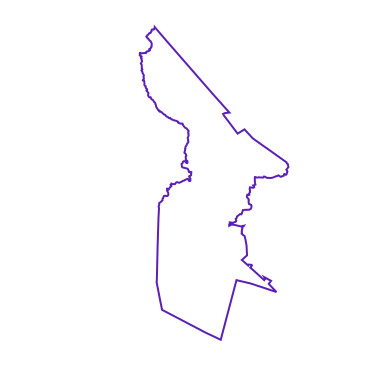 Mainero, Tamaulipas, Mexico (Equal Earth projection), rotated 305°
{"feature_id": "50627088B20885387864604", "entity_name": "Mainero", "entity_type": "district", "adm_level": 2, "iso_a3": "MEX", "parent_name": "Mexico", "parent_adm1": "Tamaulipas", "projection": "equal_earth", "projection_center": [-99.511, 24.6], "detail": "fine", "context": "isolated", "style": "outline", "palette": "violet", "viewbox_px": 384, "rotation_deg": 305, "n_neighbors": 0, "source": "geoboundaries", "source_scale": "gbopen_adm2", "svg_char_len": 5998}
<svg xmlns="http://www.w3.org/2000/svg" viewBox="0 0 384 384"><g transform="rotate(305 192 192)"><path d="M78.3,235.1L84.6,283.9L87.4,300.3L145.3,279.0L150.7,292.5L158.5,318.6L160.7,307.6L164.6,307.7L163.7,300.1L162.9,301.9L162.0,301.7L161.2,301.7L163.1,286.9L163.5,283.1L164.6,283.3L165.5,283.1L166.1,283.3L166.3,283.2L166.4,282.4L165.0,280.0L164.0,280.2L164.9,271.8L171.7,273.4L179.4,267.4L183.4,263.4L186.1,260.3L186.1,258.1L186.4,257.1L186.3,256.6L186.5,256.4L187.2,256.4L187.5,255.9L188.1,255.4L188.7,255.3L189.3,254.7L190.0,254.4L190.7,254.4L191.6,253.8L191.5,253.6L192.1,253.1L192.6,253.5L193.1,253.3L193.9,253.9L194.2,253.9L191.8,251.7L189.2,245.1L188.3,243.6L187.4,242.7L185.6,241.9L186.3,241.3L187.6,240.9L188.2,241.1L188.8,240.4L189.4,241.3L189.2,242.5L189.4,242.8L189.7,242.3L190.1,243.2L191.3,243.7L192.4,244.7L193.2,245.0L194.0,244.6L195.1,243.2L196.4,243.5L197.7,242.9L201.6,244.1L201.9,245.1L202.8,245.2L206.4,244.1L206.7,244.6L207.4,245.2L208.8,247.0L210.2,248.9L211.8,249.8L213.1,249.6L214.8,248.7L215.4,247.8L214.9,245.5L216.3,244.0L217.3,243.7L217.8,243.0L218.4,242.8L218.8,241.9L219.3,239.9L220.1,239.3L221.5,238.9L222.0,240.3L222.5,240.5L222.6,239.7L225.2,239.6L225.9,238.8L226.6,238.7L227.3,237.7L228.0,237.2L229.1,236.8L230.1,239.0L231.1,240.1L231.7,240.2L232.2,239.4L232.5,238.4L233.4,239.2L234.5,239.7L235.6,238.3L237.7,236.7L240.0,235.1L240.4,235.0L240.6,235.4L240.8,236.3L241.3,237.3L242.2,238.1L244.4,241.7L244.9,242.2L245.8,242.0L246.4,243.0L246.5,245.0L246.8,245.8L247.4,246.3L247.9,247.5L249.3,249.2L250.2,250.0L253.1,251.8L254.0,252.7L255.2,253.2L255.3,253.8L255.3,255.8L255.7,256.4L256.3,256.6L257.9,257.8L258.5,257.6L259.4,257.2L259.8,257.5L259.9,259.0L260.6,259.3L261.4,259.0L262.3,258.8L263.7,258.3L264.4,256.5L267.7,256.7L269.8,254.5L269.8,253.4L270.5,252.4L270.7,232.7L270.7,220.4L270.8,211.0L273.4,199.1L266.0,195.9L273.0,174.2L273.8,172.7L275.5,173.7L276.0,174.2L278.5,177.1L284.1,153.3L301.7,82.4L305.7,66.9L305.4,67.1L305.1,67.1L304.5,67.5L303.7,67.3L303.6,67.5L303.4,67.6L303.1,67.5L302.4,66.3L302.0,66.0L301.1,66.1L300.4,66.7L299.7,66.6L298.8,66.8L298.3,66.7L297.8,66.0L297.1,65.9L296.6,66.0L296.2,65.8L295.5,65.8L295.0,65.5L294.4,65.7L293.6,65.4L293.2,65.4L292.7,66.2L292.6,67.1L292.6,68.1L292.2,68.7L292.2,69.5L291.7,70.4L291.7,71.0L291.8,71.2L291.8,71.5L291.3,72.4L291.1,72.9L290.5,73.8L289.3,74.7L288.3,75.1L287.8,75.6L287.5,75.6L287.1,75.4L286.2,75.7L284.3,75.0L284.2,75.2L284.2,75.8L284.2,76.1L283.7,76.2L282.7,75.8L282.4,75.6L281.5,74.6L280.8,74.2L280.5,74.2L280.0,74.7L279.6,74.6L278.8,73.7L278.2,72.8L277.5,72.2L277.1,71.6L276.5,71.2L276.4,69.8L276.2,69.6L275.8,69.6L275.6,69.7L275.1,70.5L274.1,70.7L273.9,70.9L273.9,71.3L274.1,72.4L274.1,72.8L274.0,73.1L273.8,73.2L272.9,73.0L272.6,73.2L272.4,73.5L272.4,74.1L272.2,74.5L271.2,74.9L271.0,75.5L270.6,76.0L270.1,76.2L267.9,76.4L267.8,76.6L267.6,77.4L267.4,77.8L264.6,79.9L264.1,80.9L263.8,81.1L263.1,80.8L262.7,80.8L262.4,81.3L262.0,82.4L261.0,83.4L260.8,84.1L259.9,85.7L258.7,86.1L257.8,87.1L257.1,87.6L255.7,87.6L255.2,87.8L255.2,88.0L255.3,88.2L255.9,88.3L255.8,88.7L255.1,89.6L254.4,90.1L253.7,90.8L252.6,91.4L252.2,91.9L252.1,92.1L252.0,92.5L252.1,93.0L252.1,93.4L250.9,94.2L250.7,94.7L250.5,95.9L250.3,96.3L250.1,96.6L249.7,96.7L249.2,96.4L248.9,96.5L248.8,96.8L248.6,98.0L248.0,99.6L247.4,99.8L246.8,100.2L246.2,100.4L245.4,101.6L245.2,102.1L245.1,102.8L245.3,103.2L245.8,103.5L245.9,103.9L245.3,104.6L244.8,105.6L244.8,106.1L244.9,107.4L244.8,107.8L244.0,109.2L244.0,110.0L243.9,110.6L243.4,111.4L242.8,111.8L242.4,112.7L241.0,114.1L240.7,115.0L240.6,115.8L240.1,116.3L239.8,117.0L239.8,117.7L240.0,118.2L239.9,119.0L239.5,118.7L239.3,118.8L239.3,119.5L239.9,120.7L239.9,121.2L239.6,123.9L239.4,124.6L239.7,125.3L239.8,125.6L239.2,127.8L239.6,129.1L239.4,130.0L239.4,131.1L239.5,131.2L240.0,131.4L240.1,131.6L239.7,133.4L240.2,134.4L240.1,135.5L240.7,136.7L240.8,137.3L241.0,137.6L241.4,138.7L241.4,140.1L241.6,140.3L241.6,140.5L241.4,140.7L241.0,140.4L240.9,140.5L240.9,141.0L241.1,142.1L241.3,143.1L241.7,143.5L241.8,144.0L242.0,144.4L242.5,144.7L242.6,144.9L242.5,145.2L241.7,146.2L241.2,147.5L240.7,149.6L241.0,151.3L240.3,153.1L240.2,154.0L240.0,154.3L239.2,154.6L238.6,154.5L237.9,155.6L237.2,155.9L236.6,156.7L233.8,157.5L232.5,159.0L231.9,159.2L231.3,160.0L230.9,160.3L230.2,160.5L229.3,160.2L227.0,160.7L225.4,160.7L224.6,161.1L224.2,161.5L223.3,161.6L223.0,162.0L222.0,162.5L220.3,163.0L219.8,163.3L219.7,164.5L219.5,165.1L219.0,165.8L218.8,166.3L218.4,166.6L217.7,166.5L217.3,166.6L216.1,167.5L215.7,168.0L214.9,168.4L214.7,168.7L214.8,170.2L214.7,170.4L213.5,171.5L213.1,171.5L212.8,171.2L212.6,170.8L212.6,170.6L213.1,169.0L213.1,168.6L212.8,168.0L212.3,167.5L211.8,167.3L211.1,167.3L210.6,167.6L210.2,167.7L209.7,167.6L209.1,167.4L208.6,167.7L207.1,169.1L206.7,169.8L206.9,170.6L207.9,173.2L208.5,175.0L208.3,175.8L207.9,176.3L207.4,177.4L206.9,177.6L206.7,178.1L206.7,178.4L206.9,178.8L207.9,179.7L207.9,180.1L206.6,180.7L205.6,181.5L205.3,181.6L204.3,181.4L203.6,180.7L203.0,180.8L202.8,180.9L202.6,181.4L202.3,182.4L202.1,183.0L201.4,183.4L200.4,184.2L200.2,184.2L199.9,184.0L199.4,183.2L199.6,182.7L200.3,181.5L200.3,181.3L200.1,180.8L199.0,180.0L197.7,179.3L196.8,179.0L196.0,178.3L195.7,178.0L194.7,177.7L192.3,176.3L192.0,175.8L191.9,175.1L191.2,173.8L190.5,173.5L189.0,173.6L188.7,173.5L188.4,173.1L188.1,172.5L187.5,171.9L187.2,171.2L187.2,170.6L187.1,170.4L186.5,170.8L185.9,170.3L185.6,170.3L185.3,170.7L185.2,171.3L185.1,171.6L184.8,171.8L184.4,171.7L183.9,171.4L183.3,171.3L181.2,171.3L180.4,171.5L180.1,171.2L180.1,170.9L180.2,170.4L180.6,169.9L180.4,169.7L178.7,170.9L178.2,171.8L178.0,172.6L177.7,172.9L176.5,174.0L175.6,174.3L174.9,174.2L174.4,173.9L174.0,173.3L173.6,172.3L173.0,171.5L172.6,171.3L171.6,171.5L170.5,171.9L169.5,171.8L168.3,172.6L167.7,172.5L165.7,172.1L164.0,171.5L162.6,172.6L161.4,172.8L160.9,173.1L159.9,174.2L151.1,179.7L127.6,195.1L99.7,213.7L97.9,214.7L85.4,227.6L78.3,235.1Z" fill="none" stroke="#5b21b6" stroke-width="2"/></g></svg>